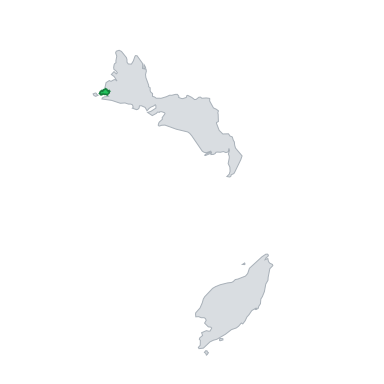 location of Pitas, Sabah, Malaysia, rotated 250°
{"feature_id": "92858781B47215785880739", "entity_name": "Pitas", "entity_type": "district", "adm_level": 2, "iso_a3": "MYS", "parent_name": "Malaysia", "parent_adm1": "Sabah", "projection": "robinson", "projection_center": [117.152, 6.731], "detail": "fine", "context": "in_parent", "style": "filled", "palette": "green", "viewbox_px": 384, "rotation_deg": 250, "n_neighbors": 0, "source": "geoboundaries", "source_scale": "gbopen_adm2", "svg_char_len": 5639}
<svg xmlns="http://www.w3.org/2000/svg" viewBox="0 0 384 384"><g transform="rotate(250 192 192)"><path d="M323.0,190.8L321.1,190.4L318.3,188.5L315.4,187.8L307.1,187.8L305.9,187.2L304.3,188.3L301.4,187.3L299.8,187.5L298.0,188.6L295.4,187.6L294.1,189.3L292.4,190.4L290.6,195.1L290.3,200.7L290.6,204.1L289.8,206.0L289.4,209.9L288.8,211.6L286.5,212.4L285.4,211.8L283.4,214.2L282.9,215.2L282.8,219.0L284.4,220.2L284.3,221.0L281.0,224.1L278.0,226.0L277.6,227.6L278.7,230.9L278.2,232.5L276.7,233.3L275.5,237.6L274.1,240.3L273.6,240.6L271.5,239.7L263.7,240.9L261.4,243.2L259.2,244.6L257.4,243.2L256.5,243.3L249.2,240.9L248.9,238.8L248.2,238.5L240.7,238.6L236.0,240.8L234.2,246.2L231.7,246.8L229.9,248.7L226.6,248.5L224.6,248.9L221.4,248.1L218.4,247.9L208.8,251.4L205.7,248.9L196.4,239.3L195.0,237.6L194.8,234.7L193.7,234.1L193.3,233.3L193.2,232.5L194.6,230.1L196.1,233.2L198.5,234.9L202.5,236.1L206.3,235.7L211.5,238.8L213.3,239.3L215.1,239.1L218.4,241.5L220.4,241.6L217.7,240.0L217.3,238.7L217.5,237.3L219.3,235.3L219.6,232.4L220.9,229.4L221.1,228.0L220.2,226.9L220.0,225.1L220.7,222.6L222.5,223.9L224.0,223.6L224.0,219.0L225.1,217.0L226.9,215.6L244.9,211.0L247.9,209.9L249.9,208.5L256.4,198.7L264.1,189.5L265.1,186.3L265.1,184.0L265.5,183.4L266.4,183.1L268.1,184.3L268.9,185.2L270.5,189.1L272.0,189.3L274.6,193.1L275.1,193.5L275.9,193.3L277.9,190.9L278.4,189.1L278.0,188.8L278.9,186.8L278.1,185.5L277.4,180.8L281.9,177.5L281.9,181.3L283.2,186.8L285.5,187.6L286.6,187.3L286.0,185.6L285.8,182.4L285.2,180.2L283.7,177.5L287.5,176.9L290.4,173.9L290.9,172.1L289.0,171.0L288.3,169.6L288.3,168.1L291.2,164.6L291.6,165.6L293.4,165.9L294.4,165.8L295.6,164.4L296.3,162.4L298.6,159.5L299.9,155.0L305.6,147.8L310.2,139.2L311.1,139.9L311.4,142.2L310.4,146.3L312.4,145.3L315.8,139.6L317.8,140.5L317.7,142.1L318.5,145.0L324.2,148.7L325.0,152.4L323.7,153.7L324.2,157.3L323.7,158.4L321.9,159.5L327.0,158.4L330.0,156.4L331.8,159.9L328.9,161.2L329.5,162.7L332.2,161.8L333.9,160.6L335.6,160.9L338.2,162.3L339.0,163.1L339.5,164.8L341.4,165.4L345.4,167.8L348.9,167.8L350.2,169.0L350.1,172.0L348.2,173.8L340.8,176.3L338.8,176.2L336.1,175.3L334.1,175.9L332.9,178.8L335.2,181.7L339.0,184.8L339.5,185.5L338.8,187.0L330.1,189.4L328.2,189.1L325.0,187.7L323.0,190.8ZM41.4,149.3L42.4,145.0L43.8,144.8L45.1,147.3L49.7,149.1L51.1,148.5L51.7,148.9L52.3,149.5L53.6,152.9L56.5,152.9L56.8,158.1L55.4,160.2L55.2,161.5L57.4,164.0L58.6,163.4L59.7,161.2L64.5,159.0L66.5,161.4L68.3,161.4L69.7,160.5L70.7,157.7L72.6,155.6L73.4,152.9L76.2,153.6L77.2,154.2L80.3,159.9L84.4,163.8L87.5,166.0L89.3,168.2L94.4,178.4L95.0,181.7L95.2,186.8L94.4,194.4L93.5,198.2L93.7,200.0L94.9,202.7L94.5,205.3L94.7,213.5L96.3,216.4L100.7,219.9L107.2,235.6L108.3,240.1L107.7,241.8L106.5,242.2L105.5,241.3L104.9,239.2L103.4,237.5L103.5,240.5L100.7,240.1L98.7,240.6L96.4,242.8L95.2,242.8L93.3,238.9L85.8,234.4L83.1,233.2L80.2,229.8L73.7,226.0L69.6,222.3L67.9,220.1L63.6,218.1L61.8,215.7L60.0,214.4L61.0,212.1L60.1,207.6L57.2,203.6L55.7,200.8L52.9,198.0L50.7,194.6L52.0,193.5L49.9,189.8L49.1,187.1L49.2,182.0L46.9,174.8L45.1,164.9L45.4,161.4L45.0,157.6L41.4,149.3ZM316.1,136.0L315.1,136.9L314.8,134.3L316.1,132.9L318.0,132.6L318.1,135.0L317.6,135.7L316.1,136.0ZM37.1,148.8L38.2,150.8L37.3,151.9L36.7,151.6L35.4,152.5L34.0,150.6L33.8,149.7L35.5,149.8L37.1,148.8ZM223.1,223.0L222.6,223.2L221.9,222.6L221.7,217.0L222.2,216.5L222.9,217.6L223.1,223.0ZM44.8,168.1L43.6,170.8L42.4,170.5L42.6,167.5L43.3,167.1L44.8,168.1ZM328.1,190.5L325.8,190.9L324.3,190.9L324.5,189.4L325.2,189.2L328.1,190.5ZM107.3,217.2L106.1,217.2L105.8,216.5L106.7,214.6L107.3,217.2ZM60.4,212.5L59.6,212.8L59.7,211.7L60.3,211.0L60.4,212.5Z" fill="#d9dde1" stroke="#a8b0b8" stroke-width="1"/><path d="M315.0,149.1L315.3,148.9L315.5,148.8L315.6,148.7L315.8,148.7L315.7,148.3L315.5,148.2L315.4,148.1L315.4,147.8L315.4,147.7L315.6,147.7L315.9,147.7L316.0,147.3L316.2,147.2L316.3,147.2L316.5,147.1L316.8,147.2L317.0,147.1L317.3,147.1L317.3,146.9L317.5,146.8L317.6,146.7L317.7,146.8L317.8,146.8L318.0,146.8L318.1,146.7L318.3,146.3L318.3,146.2L318.4,145.9L318.5,145.9L318.4,145.7L318.3,145.4L318.3,145.2L318.1,145.0L318.1,144.9L318.1,144.7L318.1,144.4L318.3,144.3L318.4,144.2L318.3,143.9L318.2,143.8L318.1,143.7L317.9,143.6L317.8,143.4L317.7,143.3L317.7,143.2L317.7,142.9L317.6,142.6L317.4,142.5L317.3,142.4L317.4,142.2L317.5,142.2L317.5,141.9L317.6,141.7L317.8,141.7L317.8,141.4L317.7,141.4L317.8,141.1L318.0,141.0L318.0,140.9L317.9,140.7L317.8,140.4L317.8,140.2L317.7,140.1L317.4,140.0L317.2,140.0L317.2,139.9L316.9,139.8L316.9,139.7L316.8,139.4L316.7,139.3L316.7,139.2L316.4,139.1L316.3,138.9L316.2,138.8L315.9,138.9L315.8,139.0L315.9,139.3L315.9,139.2L315.8,139.3L315.7,139.3L315.7,139.2L315.4,139.1L315.2,139.2L315.0,139.3L314.9,139.3L314.9,139.5L314.7,139.5L314.7,139.8L314.8,139.9L314.9,140.0L315.0,140.0L315.0,139.9L315.2,140.0L314.9,140.1L314.7,140.3L314.6,140.2L314.4,139.9L314.3,140.0L314.2,140.2L314.2,140.3L314.3,140.3L314.4,140.5L314.3,140.8L314.3,141.0L314.5,141.1L314.6,141.3L314.7,141.6L314.6,141.9L314.7,142.0L314.4,142.1L314.2,142.3L314.2,142.5L314.0,142.8L314.0,143.0L313.8,143.1L313.7,143.1L313.7,143.3L313.5,143.5L313.4,143.8L313.4,144.0L313.5,144.1L313.5,144.3L313.4,144.3L313.4,144.5L313.2,144.6L313.1,144.8L312.9,144.8L312.8,145.0L312.7,145.0L312.4,145.2L312.3,145.3L312.2,145.4L312.1,145.5L312.2,145.8L312.4,145.8L312.5,145.9L312.7,146.3L312.8,146.6L313.0,147.0L313.3,147.5L313.3,148.0L313.7,148.3L314.1,148.3L314.3,148.4L314.5,148.6L314.7,148.8L315.0,149.0L315.0,149.1ZM318.0,142.4L318.3,142.2L318.4,141.9L318.4,142.0L318.2,142.0L317.9,142.3L318.0,142.3L318.0,142.4Z" fill="#22c55e" stroke="#15803d" stroke-width="1.5"/></g></svg>